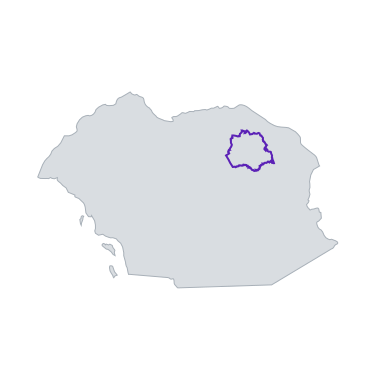 location of Mlele, Katavi, United Republic of Tanzania, rotated 149°
{"feature_id": "72390352B12905062635487", "entity_name": "Mlele", "entity_type": "district", "adm_level": 2, "iso_a3": "TZA", "parent_name": "United Republic of Tanzania", "parent_adm1": "Katavi", "projection": "mercator", "projection_center": [31.658, -6.61], "detail": "fine", "context": "in_parent", "style": "outline", "palette": "violet", "viewbox_px": 384, "rotation_deg": 149, "n_neighbors": 0, "source": "geoboundaries", "source_scale": "gbopen_adm2", "svg_char_len": 8767}
<svg xmlns="http://www.w3.org/2000/svg" viewBox="0 0 384 384"><g transform="rotate(149 192 192)"><path d="M147.9,260.3L144.2,258.3L140.9,257.2L138.2,255.9L137.0,254.6L134.4,254.1L132.2,253.9L130.2,252.7L126.0,252.3L125.6,251.5L125.5,249.7L124.8,249.3L123.2,248.8L121.6,248.8L120.6,249.1L120.0,249.0L118.6,247.9L117.4,246.6L116.9,244.5L115.0,243.2L112.8,242.1L106.7,242.3L105.7,241.9L104.2,240.9L102.5,239.1L101.2,237.1L100.0,234.4L98.7,230.8L91.7,216.3L91.0,213.5L89.6,210.5L87.3,206.7L85.0,204.0L81.7,201.4L78.1,198.9L76.1,197.2L72.3,190.4L71.5,187.2L71.0,183.9L71.2,182.6L73.6,178.3L73.8,177.1L73.5,175.5L72.4,172.1L70.9,168.0L67.9,160.5L67.5,158.6L67.5,157.2L69.3,149.6L69.2,148.6L76.3,148.7L81.4,145.4L85.9,140.4L86.8,138.3L88.6,135.1L90.4,133.5L91.1,132.4L92.1,129.3L94.4,127.1L96.7,125.5L96.2,124.3L96.6,123.9L97.8,123.0L100.3,122.2L100.7,120.6L100.7,118.7L100.3,117.6L100.4,116.4L100.0,115.7L98.4,115.6L96.1,114.6L94.1,114.2L92.8,113.7L92.3,113.3L92.1,112.1L93.2,109.2L92.1,108.1L94.5,103.2L95.0,102.7L95.9,102.6L97.3,102.1L98.6,101.8L99.6,102.0L100.4,101.8L101.1,101.3L101.7,99.6L102.2,96.9L101.9,94.7L100.9,93.0L100.6,90.4L101.1,86.8L100.8,83.9L99.6,81.6L98.5,80.2L96.7,79.6L93.9,76.0L93.1,74.3L93.3,73.2L94.2,72.7L96.0,72.9L97.6,72.5L99.2,71.5L100.7,71.2L101.5,71.4L171.6,71.4L253.5,117.1L253.8,117.6L254.5,121.6L254.3,122.9L253.1,125.2L252.7,126.4L252.7,127.2L253.0,127.5L254.1,127.7L255.0,128.2L255.3,128.6L256.0,130.3L256.9,131.2L288.1,153.7L288.8,154.0L288.3,155.9L286.6,160.5L286.5,162.4L285.8,164.6L285.1,166.1L283.3,172.6L281.8,175.0L279.8,180.6L279.5,184.9L280.6,188.0L281.0,190.8L283.4,193.6L285.3,194.6L286.6,195.9L288.9,198.8L290.2,201.7L294.4,203.1L296.0,206.4L295.4,208.7L293.5,210.5L291.7,213.6L290.3,217.5L290.2,223.6L291.2,222.7L293.4,224.2L293.7,228.7L291.4,233.9L290.7,236.4L290.6,238.5L292.3,244.7L294.7,247.9L294.6,248.9L293.9,249.7L298.2,255.4L297.8,260.3L299.4,264.1L300.1,267.5L301.1,270.0L301.3,271.8L300.0,273.7L303.1,274.2L305.0,275.8L305.8,277.3L308.0,277.3L309.3,278.3L311.0,279.2L314.9,281.7L315.9,283.0L316.5,284.3L305.9,292.4L302.1,294.5L299.3,295.4L296.4,296.0L293.6,297.2L291.0,299.2L287.6,300.2L283.5,300.3L279.2,301.7L272.5,305.9L268.5,303.5L265.4,302.8L261.8,302.9L259.7,303.2L258.9,303.7L258.2,305.1L257.6,307.4L255.3,309.7L251.2,311.8L247.4,312.6L244.0,312.1L241.6,311.2L240.4,309.9L238.6,309.4L236.3,309.5L234.0,310.4L231.8,312.1L228.3,312.8L223.6,312.6L221.0,311.7L220.7,310.3L218.6,308.7L214.8,306.8L211.9,306.8L210.1,308.6L208.5,309.7L207.0,310.2L205.7,310.2L203.7,309.7L198.5,309.6L193.5,309.6L193.0,307.0L191.9,305.4L191.0,304.5L189.3,304.2L188.8,303.5L188.3,301.9L187.4,300.5L186.3,299.3L185.6,298.3L185.4,297.3L185.6,296.2L186.6,293.6L186.9,291.7L186.8,289.8L186.3,287.9L185.1,285.6L185.2,285.0L184.8,283.4L184.8,282.3L185.0,281.0L184.8,279.2L183.7,275.4L183.7,274.4L182.7,272.5L179.4,268.2L179.2,267.6L174.0,263.2L171.9,262.3L171.2,263.1L170.9,263.8L171.1,265.3L171.0,266.0L170.8,266.3L169.5,266.2L168.8,266.1L166.8,264.9L165.3,264.6L161.5,264.8L160.1,265.1L159.1,264.8L157.1,262.8L154.7,262.4L152.6,262.3L149.1,260.0L147.9,260.3ZM294.9,187.3L296.6,192.1L296.4,193.0L295.2,193.5L294.6,193.6L293.8,192.8L293.3,191.2L292.4,191.6L290.8,189.6L289.3,189.6L287.9,187.3L288.4,185.2L288.1,181.8L289.8,180.1L290.7,177.1L291.8,179.1L292.1,182.3L293.5,186.0L294.9,187.3ZM303.2,158.8L303.3,159.9L302.9,161.0L303.0,164.4L302.9,166.6L301.6,169.8L300.6,170.9L299.6,170.6L298.9,170.0L298.3,169.2L299.5,163.5L298.9,159.3L301.3,159.7L303.2,158.8ZM299.7,227.9L298.5,228.2L298.0,227.9L297.3,227.0L298.6,226.2L299.8,224.6L302.7,222.3L304.1,220.5L303.9,222.3L302.3,226.2L300.9,226.4L299.7,227.9Z" fill="#d9dde1" stroke="#a8b0b8" stroke-width="1"/><path d="M125.0,177.6L124.8,177.5L124.8,177.4L124.7,177.3L124.2,177.3L123.6,177.3L123.5,177.0L123.3,177.1L123.4,176.9L122.8,177.0L122.7,177.2L122.3,177.2L122.3,177.5L122.1,177.8L121.6,178.0L121.5,177.9L121.3,178.0L121.0,178.4L121.0,178.6L120.9,178.6L120.8,178.4L120.7,178.5L120.6,178.8L120.5,179.1L120.3,179.2L120.3,179.3L120.1,179.2L119.9,179.4L119.7,179.5L119.3,179.3L119.1,179.3L118.9,179.7L118.7,179.7L118.7,179.3L118.4,179.4L118.2,179.5L117.9,179.6L117.8,179.3L117.6,179.2L117.4,179.1L117.1,179.0L116.9,179.1L116.6,179.2L116.6,179.4L116.4,179.4L116.4,179.5L116.2,179.3L115.8,179.5L116.0,179.6L115.9,179.6L115.6,179.4L115.5,179.5L115.3,179.4L114.3,179.5L113.4,178.7L113.0,178.8L111.9,178.5L111.6,178.9L111.3,179.0L110.6,178.5L110.4,177.7L110.1,177.9L109.8,177.8L109.5,177.5L109.4,177.5L109.1,177.6L108.7,178.0L108.2,178.1L108.5,177.6L108.5,177.2L108.4,176.9L108.1,176.7L108.1,176.4L108.5,176.3L108.5,176.1L108.0,176.0L108.1,175.5L108.0,175.4L107.6,175.3L107.3,174.7L106.9,174.5L106.7,175.3L106.8,175.4L106.8,176.0L106.7,176.1L106.8,176.3L106.5,176.8L106.5,177.1L106.2,177.4L106.2,177.5L106.5,178.2L106.5,178.5L106.3,179.0L106.2,179.0L105.9,179.2L105.7,179.6L105.9,180.0L105.9,180.3L105.5,180.7L105.4,181.0L105.1,181.4L104.7,181.8L104.5,182.5L104.5,183.0L104.4,183.3L104.4,184.0L104.1,184.9L103.9,185.2L103.8,185.7L103.9,185.9L104.1,186.2L105.5,187.1L105.8,187.7L106.0,187.9L106.2,188.3L106.0,188.8L106.1,189.2L105.7,189.5L105.9,190.0L105.9,190.4L106.0,190.5L106.5,190.0L106.8,190.1L107.2,189.7L107.4,189.6L107.4,189.8L107.6,190.1L107.9,191.2L107.8,191.3L107.3,191.4L107.5,191.7L107.5,192.0L107.3,192.2L106.4,192.6L106.1,192.2L105.9,192.2L105.7,192.5L105.4,192.7L105.1,192.7L105.0,192.8L105.0,193.0L104.7,193.3L104.6,193.6L104.5,193.8L104.4,193.6L103.9,193.7L103.7,193.7L103.8,194.3L104.0,194.6L104.1,194.8L104.3,195.0L104.1,195.7L104.2,196.0L104.1,196.5L104.2,196.8L104.1,197.1L104.2,197.4L104.3,197.4L104.4,197.6L104.3,197.8L104.5,197.9L104.5,198.0L104.6,198.4L104.7,198.5L104.9,198.9L104.7,199.3L104.5,199.2L104.5,199.3L104.4,199.6L104.5,199.7L104.3,200.1L104.4,200.4L104.0,200.8L103.3,201.8L103.4,202.8L103.5,203.0L103.5,203.5L103.5,203.9L103.5,204.5L103.8,204.5L104.3,205.1L104.3,205.9L103.9,207.5L104.6,208.4L105.0,208.5L106.0,208.4L106.7,208.7L107.6,209.4L108.2,209.8L108.1,210.3L108.5,210.8L108.9,210.7L109.0,210.6L110.1,210.8L110.4,210.6L110.8,210.7L111.0,210.8L111.3,211.0L111.8,211.1L112.2,211.4L112.5,211.4L112.7,211.5L112.5,213.2L112.5,213.8L112.9,215.5L113.0,216.0L113.3,216.5L114.5,216.4L114.6,215.4L115.2,215.2L115.6,215.1L115.7,215.6L115.8,215.6L115.7,215.7L115.8,215.9L115.8,216.0L116.0,216.0L115.8,216.2L115.9,216.7L115.8,216.9L115.9,217.3L116.4,217.8L116.7,217.8L116.8,218.2L117.0,218.7L117.4,218.9L117.6,218.9L117.7,219.0L117.8,218.7L117.7,218.3L118.1,218.3L118.1,218.1L118.3,218.0L118.6,217.6L118.8,217.5L119.5,217.4L120.4,217.2L120.9,217.2L121.2,216.9L121.7,216.2L121.9,215.9L122.0,215.8L122.3,215.8L122.4,216.0L122.7,216.0L122.6,215.9L122.7,215.7L122.8,215.8L122.7,215.7L122.7,215.4L123.5,215.7L124.2,216.2L124.5,216.3L124.6,216.6L124.8,216.9L125.9,217.9L127.3,219.1L128.3,219.7L128.6,219.3L128.7,219.0L129.1,218.7L129.3,218.2L129.3,217.6L129.5,217.4L129.8,217.5L129.9,217.8L130.1,218.0L130.6,217.5L131.2,217.6L131.6,217.5L131.6,217.2L131.8,216.7L132.0,216.6L132.0,216.3L132.6,215.3L133.3,214.1L133.5,212.0L134.0,211.5L134.4,211.3L134.6,211.0L135.6,210.4L136.3,210.2L137.5,209.2L138.0,209.3L138.3,209.2L138.2,208.8L138.4,208.9L138.5,208.8L138.7,208.7L139.1,208.7L139.2,208.4L139.5,208.5L139.7,208.2L140.3,207.9L140.4,207.7L140.5,207.5L140.2,206.6L140.3,205.9L142.5,205.8L144.0,205.8L144.0,200.4L144.1,200.2L144.1,199.9L144.2,198.3L144.3,197.2L144.2,194.6L144.2,192.5L143.7,192.3L143.5,192.1L143.1,192.1L142.8,192.0L142.6,191.7L142.1,191.5L142.0,191.0L141.8,191.0L141.7,190.8L141.5,190.7L141.1,190.7L141.1,190.8L140.8,190.8L140.6,190.9L140.4,190.9L140.2,190.6L139.9,190.5L139.7,190.5L139.5,190.3L138.7,190.4L138.5,190.2L138.3,190.3L138.3,190.2L138.0,190.2L138.0,190.3L137.7,190.2L137.4,190.2L137.2,190.2L137.0,189.9L136.4,189.6L136.3,189.3L135.6,188.9L135.4,188.9L135.4,188.7L134.9,188.5L134.6,188.6L134.3,188.7L134.1,188.5L133.8,188.8L133.6,188.5L133.5,188.4L133.4,188.4L133.1,188.3L132.9,188.2L132.7,187.8L132.3,187.8L132.0,187.6L131.8,187.4L131.8,187.2L131.6,187.0L131.6,186.9L131.5,186.7L131.4,186.7L131.4,186.3L131.5,186.2L131.4,186.0L131.2,185.9L131.3,185.8L131.0,185.7L131.1,185.3L130.9,185.2L131.1,184.9L130.9,184.7L130.6,184.3L130.4,184.2L130.6,184.0L130.3,184.0L130.2,183.8L130.3,183.8L130.3,183.5L130.1,183.5L130.1,183.4L129.8,183.2L130.0,183.0L129.8,182.8L129.8,182.6L129.8,182.4L129.7,182.3L129.5,182.2L129.4,182.3L129.3,182.2L129.4,181.8L129.2,181.5L129.2,181.4L129.3,181.4L129.2,181.2L129.2,180.9L129.2,180.7L129.3,180.4L129.2,180.0L128.9,179.6L128.7,179.5L128.3,179.4L128.2,179.1L128.0,178.8L127.9,178.7L128.0,178.5L127.9,178.1L127.5,178.1L127.4,177.9L127.2,177.9L126.8,177.9L126.6,177.6L126.4,177.8L126.0,177.8L125.9,177.6L125.7,177.8L125.6,177.7L125.6,177.8L125.3,177.5L125.0,177.6Z" fill="none" stroke="#5b21b6" stroke-width="2"/></g></svg>